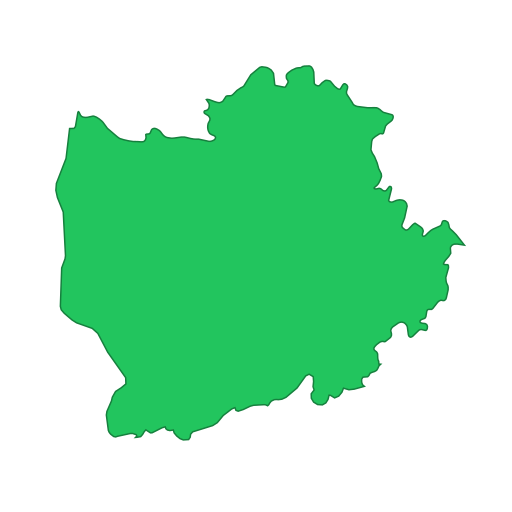 SVG path tracing the border of Volyn, rotated 276°
{"feature_id": "UKR-318", "entity_name": "Volyn", "entity_type": "Region", "adm_level": 1, "iso_a3": "UKR", "parent_name": "Ukraine", "parent_adm1": "", "projection": "albers", "projection_center": [25.131, 51.122], "detail": "fine", "context": "isolated", "style": "filled", "palette": "green", "viewbox_px": 512, "rotation_deg": 276, "n_neighbors": 0, "source": "natural_earth", "source_scale": "10m", "svg_char_len": 6098}
<svg xmlns="http://www.w3.org/2000/svg" viewBox="0 0 512 512"><g transform="rotate(276 256 256)"><path d="M307.3,49.9L333.2,56.9L363.3,57.3L363.9,61.7L365.8,62.9L379.8,63.8L380.7,64.0L381.0,64.4L380.5,65.0L377.6,66.8L376.6,68.0L376.2,69.0L376.0,70.2L376.0,72.0L376.3,73.8L378.1,79.3L378.1,80.2L377.4,82.8L375.9,85.8L373.9,88.8L372.8,90.0L367.4,94.9L359.9,105.8L358.6,108.2L357.8,112.3L357.2,117.4L357.0,121.7L357.4,126.6L357.5,129.8L357.8,131.6L358.2,132.4L358.6,133.0L360.0,133.9L362.0,134.3L365.3,133.7L365.7,134.2L366.3,136.9L366.8,137.5L367.5,138.0L370.3,138.8L371.0,139.2L371.6,139.8L372.3,141.3L372.3,142.5L371.9,144.1L370.7,146.7L369.8,147.9L367.2,150.3L366.1,151.6L365.2,153.0L364.8,154.0L364.5,155.4L364.3,159.3L364.4,160.5L364.8,162.6L366.5,169.4L366.8,172.3L366.6,174.5L366.0,178.7L365.8,182.0L365.9,184.0L366.2,186.9L365.1,197.2L365.4,199.3L366.5,201.5L367.5,202.7L368.2,203.1L369.6,203.4L370.3,203.1L370.9,202.5L371.3,201.7L372.1,199.0L372.9,197.4L373.5,196.8L375.5,195.5L377.1,194.9L378.9,194.5L380.9,194.4L382.9,194.6L386.2,195.9L387.9,195.9L389.3,195.1L390.5,194.0L392.4,190.1L393.0,189.5L393.8,189.3L394.5,189.4L395.0,189.8L395.6,191.4L396.5,192.8L398.1,193.6L399.1,193.8L401.1,193.8L402.8,193.3L406.4,190.3L406.7,191.1L406.6,193.2L405.2,198.7L404.7,201.4L404.6,203.3L404.8,204.1L405.5,205.6L406.6,206.9L411.6,209.5L412.2,210.5L412.8,214.2L413.1,215.0L414.2,216.2L418.7,219.8L421.8,223.5L422.6,224.9L423.7,226.1L435.7,231.9L443.8,239.8L444.2,240.4L444.8,242.1L444.7,245.9L444.5,247.4L443.9,249.1L442.5,251.7L439.5,254.3L428.5,256.7L427.7,257.3L427.5,258.8L426.9,265.8L426.9,267.0L427.4,267.7L432.1,269.8L433.7,269.4L435.7,267.8L437.3,267.4L439.0,267.3L440.5,268.0L441.8,269.1L444.5,272.1L447.0,276.3L447.5,278.0L448.0,280.8L449.4,282.7L449.9,284.3L450.6,289.2L450.3,290.3L449.6,291.5L447.5,293.1L445.0,294.2L433.8,295.9L433.0,296.5L432.3,297.5L431.7,299.4L431.8,300.5L432.2,301.3L435.3,303.7L437.5,306.2L437.9,306.8L438.1,307.7L438.1,308.7L437.9,310.7L437.6,311.7L433.0,316.4L431.0,319.5L430.5,321.1L430.7,322.1L431.4,322.6L435.2,324.4L436.1,325.1L436.5,325.6L436.6,326.2L436.5,326.8L435.6,328.4L434.2,329.4L432.7,329.5L428.8,328.8L427.0,329.1L425.8,329.9L418.8,335.6L417.3,336.6L416.5,337.5L415.7,339.3L415.3,341.2L415.1,351.8L415.9,358.4L416.0,360.4L415.8,361.4L415.5,362.2L414.5,364.1L413.5,365.4L412.4,367.2L412.1,368.1L410.7,376.5L410.2,377.3L409.3,377.8L407.7,377.9L405.6,377.3L404.3,376.3L401.0,372.8L398.9,371.3L391.8,370.0L391.1,369.6L390.7,369.0L390.8,367.4L390.7,366.6L390.3,365.9L387.3,362.2L384.9,359.9L384.1,359.5L382.0,359.1L373.7,359.2L370.5,360.9L367.2,363.5L361.1,366.8L355.7,368.9L351.0,371.9L349.5,372.3L348.1,372.5L344.2,371.5L340.8,370.2L338.9,368.9L336.5,366.6L336.0,366.4L335.4,366.6L335.2,367.8L335.3,368.8L336.2,371.3L336.1,372.3L335.6,373.6L334.4,375.3L334.1,377.0L334.3,378.0L334.9,378.8L338.5,381.0L339.1,381.5L339.2,382.3L338.9,383.1L337.6,383.7L336.5,383.7L325.2,382.1L324.4,382.6L323.9,383.4L323.7,385.0L323.9,386.0L325.9,389.7L326.5,391.4L326.9,393.1L326.9,395.2L326.8,396.2L326.4,397.4L325.6,398.7L323.9,400.2L321.4,401.1L309.4,399.8L302.0,397.8L300.4,398.1L299.5,398.8L298.0,401.0L297.5,402.0L297.5,402.9L298.1,404.2L298.7,404.9L303.4,408.5L305.0,410.2L305.2,410.9L302.5,416.0L301.4,417.8L300.2,418.9L298.7,419.6L297.8,419.7L294.9,419.2L294.0,419.3L293.4,419.7L293.1,420.5L293.4,421.5L294.0,422.3L297.2,424.9L299.6,427.1L301.1,429.0L305.2,436.1L306.5,437.1L309.4,437.7L310.1,438.0L310.6,438.7L310.8,439.5L310.8,440.7L310.4,441.9L309.5,443.4L307.4,444.4L304.5,445.3L303.2,446.4L301.3,449.0L298.0,453.0L288.6,462.1L288.9,455.0L288.6,452.2L287.8,450.5L287.0,449.6L285.4,448.6L283.9,448.5L279.1,449.4L275.8,447.8L271.4,444.7L269.2,443.6L267.7,443.3L267.3,444.0L267.2,444.8L267.4,447.7L266.4,448.4L264.4,448.7L254.4,447.0L250.8,447.7L249.1,448.3L246.3,450.0L244.7,450.4L242.4,450.6L234.6,449.7L232.9,449.3L231.6,448.2L231.3,447.5L231.2,446.6L231.4,444.6L230.6,443.1L229.0,441.5L222.4,437.4L221.3,436.3L221.0,433.4L220.5,432.3L219.7,431.8L218.7,431.6L213.6,431.3L212.4,430.9L211.6,430.3L210.3,427.6L209.4,426.4L208.5,425.9L207.6,426.0L207.0,426.5L206.7,427.3L206.5,428.3L206.5,431.2L205.8,432.8L205.0,433.4L203.8,433.9L201.6,433.9L200.5,433.5L199.8,432.8L199.7,432.0L200.2,428.2L199.8,426.5L199.0,425.6L192.4,420.1L191.6,418.8L191.4,418.0L191.7,417.2L192.1,416.6L193.5,415.8L201.4,413.9L202.8,413.1L204.0,411.9L205.0,410.6L205.4,408.8L205.5,407.8L205.1,406.1L204.3,404.6L199.6,399.2L198.0,398.2L196.3,397.8L195.5,397.9L192.7,398.9L191.0,399.0L189.1,398.3L184.5,393.6L184.2,392.9L184.2,392.0L184.4,391.2L184.1,389.9L183.4,388.3L180.5,385.2L178.6,383.8L177.2,383.0L175.9,382.9L175.2,383.2L174.2,384.3L173.3,385.8L172.7,386.4L171.3,387.2L167.5,387.7L165.7,388.1L164.1,389.0L161.4,389.5L161.4,391.3L159.7,389.8L156.7,388.8L154.9,387.9L153.5,386.0L152.5,383.7L151.3,381.7L149.0,380.8L147.6,379.7L146.7,375.1L144.8,374.0L142.6,374.1L140.6,374.6L138.9,375.6L137.7,377.4L133.9,367.7L132.7,362.4L133.7,356.8L129.5,355.7L125.3,352.9L123.1,349.0L125.2,344.7L125.2,343.2L120.9,342.6L117.2,340.8L114.9,337.6L114.7,332.8L116.7,328.6L120.3,325.9L124.7,325.3L128.8,327.8L132.0,326.4L137.2,326.4L142.0,325.5L144.0,321.2L142.0,318.0L129.0,310.6L118.6,300.6L116.3,296.7L115.5,293.4L115.4,291.1L115.0,289.1L113.3,286.4L111.4,285.1L109.4,284.2L108.3,283.2L109.0,281.2L109.0,279.7L107.3,269.2L106.0,265.9L102.0,259.4L99.8,254.5L100.4,252.2L103.0,250.9L101.3,247.8L94.0,240.1L86.2,234.9L82.8,230.6L74.5,211.4L71.9,209.6L68.9,209.5L66.4,208.2L65.5,202.9L66.4,199.6L68.7,196.0L71.5,193.1L74.3,192.0L73.4,188.6L73.7,186.1L74.8,184.4L76.6,183.6L75.4,180.6L69.3,171.1L69.1,169.5L71.6,164.6L69.4,163.1L66.7,161.9L64.3,160.2L63.3,156.7L63.0,155.2L64.4,156.3L65.8,155.6L66.6,151.8L66.3,149.4L62.3,137.3L61.4,135.3L61.6,133.3L63.6,130.1L65.2,128.5L67.1,127.4L82.2,123.8L85.9,124.0L96.7,127.4L100.6,127.9L106.6,130.5L110.9,135.8L115.2,140.0L121.4,139.1L144.8,118.6L162.5,106.8L166.9,100.7L170.8,84.5L173.2,79.7L178.9,71.4L182.2,67.9L185.5,66.7L223.8,64.0L233.2,66.4L236.4,66.5L279.6,59.7L293.4,52.4L300.4,50.1L307.3,49.9Z" fill="#22c55e" stroke="#15803d" stroke-width="1.5"/></g></svg>